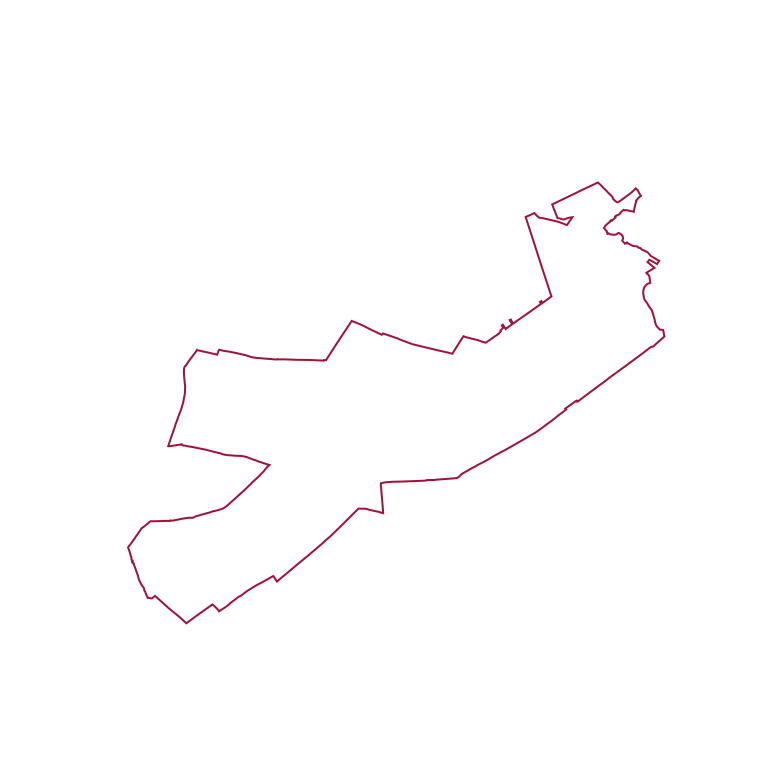 Secuieni, Neamt, Romania (Natural Earth projection), rotated 319°
{"feature_id": "2599482B23020006857022", "entity_name": "Secuieni", "entity_type": "district", "adm_level": 2, "iso_a3": "ROU", "parent_name": "Romania", "parent_adm1": "Neamt", "projection": "natural_earth1", "projection_center": [26.814, 46.87], "detail": "fine", "context": "isolated", "style": "outline", "palette": "rose", "viewbox_px": 768, "rotation_deg": 319, "n_neighbors": 0, "source": "geoboundaries", "source_scale": "gbopen_adm2", "svg_char_len": 6087}
<svg xmlns="http://www.w3.org/2000/svg" viewBox="0 0 768 768"><g transform="rotate(319 384 384)"><path d="M626.8,532.1L630.1,526.4L627.9,523.9L627.7,520.5L627.9,518.1L629.3,515.0L631.0,512.0L634.5,504.1L634.9,499.1L635.6,496.0L636.0,491.2L637.0,489.1L639.3,485.3L642.1,482.8L644.5,481.5L648.3,481.2L651.4,482.4L653.7,478.7L653.9,478.2L654.5,477.5L655.1,476.2L655.2,474.2L654.8,473.2L655.0,472.2L660.0,473.0L664.3,473.9L663.1,466.4L662.8,464.9L665.8,464.3L668.8,472.6L672.5,471.6L669.4,462.6L669.4,460.5L669.4,459.3L669.4,458.7L669.4,457.6L667.7,453.5L667.1,452.5L666.9,452.1L666.7,451.5L666.8,450.0L666.6,449.5L666.2,448.9L665.7,448.7L665.3,446.1L664.4,445.3L662.6,443.3L661.7,441.4L661.1,439.5L660.3,437.6L660.2,436.6L659.9,436.6L659.5,437.1L658.9,436.8L658.7,436.2L657.9,436.1L658.0,435.5L657.9,434.7L657.8,434.0L657.9,431.9L659.7,431.2L660.3,430.7L661.2,428.7L661.0,427.7L661.2,427.3L661.0,425.9L660.5,424.5L660.1,423.9L659.3,423.6L657.9,423.6L656.4,423.0L654.5,421.4L654.2,421.1L653.7,420.2L652.8,419.4L652.7,418.4L652.3,417.9L651.8,417.6L651.3,417.6L651.1,417.4L651.5,416.8L651.9,416.5L651.8,416.0L651.8,415.7L652.4,415.0L652.4,414.8L652.3,414.2L652.3,410.8L652.3,410.6L655.0,409.8L659.1,409.7L660.6,409.9L660.8,409.6L661.2,409.5L662.9,409.4L663.0,410.3L666.5,410.2L668.1,410.2L668.3,409.2L670.2,409.3L671.1,410.0L672.1,410.0L673.5,410.4L674.4,410.2L674.6,409.9L675.1,409.7L679.0,409.7L679.4,410.6L680.0,411.2L680.7,411.6L681.9,412.9L682.7,414.0L683.1,414.8L683.9,415.8L684.7,416.6L685.6,417.9L686.3,417.1L687.8,416.1L688.4,415.5L689.9,414.6L692.3,412.8L694.1,411.8L694.4,411.6L694.4,411.1L694.6,410.9L696.7,410.8L697.9,410.5L699.3,410.4L701.4,410.6L701.6,408.5L702.1,405.9L702.7,404.5L702.7,404.0L702.3,402.5L702.4,401.6L698.2,401.8L694.8,401.8L680.1,400.5L679.1,399.6L678.5,397.4L678.4,396.7L678.4,395.1L678.3,394.4L678.8,393.6L679.0,393.1L679.1,392.5L679.1,391.3L678.8,387.5L678.7,387.3L678.6,383.3L678.2,379.3L678.2,377.8L677.7,372.3L661.2,367.6L653.6,365.6L628.7,358.8L623.8,372.7L624.6,373.6L625.7,374.9L626.2,376.1L626.8,377.0L627.7,377.7L628.6,378.3L630.2,378.8L633.5,380.3L635.6,381.7L626.3,384.1L623.5,378.6L621.4,375.1L617.8,370.1L611.7,361.8L610.4,360.6L610.0,359.4L609.8,357.7L609.7,355.2L609.7,353.7L600.5,350.9L579.5,400.1L567.8,427.8L556.8,426.8L557.1,424.6L555.5,424.4L555.2,426.6L521.1,423.1L521.6,420.1L522.0,418.5L520.9,418.2L520.5,419.8L520.0,423.0L514.9,422.5L513.0,422.3L511.9,422.4L512.6,417.2L511.3,417.2L510.8,419.8L509.5,419.8L508.2,420.0L507.1,419.9L506.5,420.8L506.5,421.0L504.3,421.2L502.7,421.1L502.7,421.3L497.4,420.6L490.4,419.9L487.7,419.5L487.6,419.2L484.7,414.6L484.1,413.2L482.9,411.4L479.7,407.1L478.4,404.9L477.1,403.3L475.3,400.1L468.2,402.1L465.1,403.1L455.4,406.0L453.0,402.4L446.2,393.2L431.5,372.5L424.9,360.3L424.2,358.6L416.4,345.2L414.6,345.4L409.2,333.0L405.9,324.7L401.0,315.2L377.2,321.8L357.1,327.6L356.0,328.1L354.5,326.7L354.3,327.1L354.0,327.0L350.2,323.3L344.0,317.4L333.6,308.1L324.6,299.7L320.4,296.1L319.9,295.5L319.9,295.3L319.0,295.1L303.7,279.4L301.9,277.1L301.0,275.8L298.7,271.8L292.4,263.2L287.4,256.8L286.6,256.0L284.1,252.9L282.1,250.0L281.7,250.0L277.3,252.4L273.3,246.8L265.2,235.9L265.2,235.6L263.2,236.2L256.0,237.8L252.7,238.4L249.1,239.4L245.9,240.2L245.1,240.1L243.6,240.9L241.7,242.7L239.7,245.1L237.2,248.4L232.0,255.8L227.5,260.5L225.6,262.1L223.5,263.6L222.5,264.5L219.8,266.5L214.6,269.9L208.4,273.2L200.7,277.4L197.7,279.3L190.5,283.4L180.4,289.3L180.9,290.0L191.0,296.4L191.6,296.6L191.4,296.9L191.5,297.3L192.2,298.8L193.0,299.5L193.9,300.6L195.4,302.7L197.8,305.5L205.6,315.6L212.5,325.5L215.5,329.6L215.8,330.6L217.2,332.6L218.8,334.6L222.9,338.7L223.6,339.5L228.9,344.5L230.5,346.3L232.5,349.2L235.8,355.4L237.0,357.2L238.7,360.6L239.8,362.3L240.9,364.3L241.9,365.9L244.4,370.0L242.6,370.0L241.1,370.2L239.3,370.3L236.4,370.9L234.0,371.2L232.7,371.2L229.8,371.6L219.3,371.8L217.8,372.2L217.7,372.1L216.2,372.1L209.8,372.5L187.7,372.9L184.0,372.8L180.7,372.3L179.5,371.9L176.0,370.3L172.8,368.7L171.3,367.8L168.6,366.8L161.8,363.5L155.4,360.5L152.0,359.6L149.3,357.2L147.6,355.9L145.1,354.5L143.6,353.4L141.2,352.1L134.9,348.5L132.9,346.6L132.5,346.9L131.4,345.8L129.0,343.8L119.5,336.0L117.8,334.4L109.9,334.2L106.3,333.9L99.4,335.7L96.0,336.5L94.8,336.9L91.9,337.5L90.0,338.1L85.9,338.9L84.4,339.2L83.6,339.5L81.6,344.6L80.6,346.6L79.4,349.5L78.8,350.1L78.3,350.8L78.1,351.6L78.5,352.3L78.4,352.7L78.2,352.9L77.6,352.7L77.2,352.9L77.0,353.3L76.8,353.7L77.0,354.4L77.4,354.9L77.4,355.4L76.9,355.7L75.9,358.7L73.3,365.2L72.5,367.6L72.0,368.1L70.6,371.1L69.2,376.8L69.3,377.3L69.0,378.4L69.1,379.0L68.9,379.7L69.0,380.0L68.9,380.9L68.6,381.1L68.1,381.8L67.7,382.6L67.5,383.2L67.6,383.8L67.4,384.4L66.6,386.2L66.4,387.1L66.0,388.0L65.9,389.5L65.4,390.0L65.3,390.3L68.2,393.6L72.2,393.7L74.5,412.2L76.9,426.3L77.8,434.9L88.9,435.8L109.9,437.8L110.3,440.3L110.6,444.3L110.6,446.4L110.4,447.3L117.2,448.3L122.2,448.7L123.1,448.7L123.4,448.5L124.2,448.5L127.2,448.7L128.9,448.9L134.7,449.2L137.6,450.0L142.1,450.2L145.3,450.5L154.1,451.9L157.5,452.6L161.3,453.6L173.7,456.1L174.4,456.3L174.5,456.6L174.3,458.6L174.0,459.9L173.6,462.9L180.4,462.9L185.9,463.1L199.2,463.3L214.4,463.7L234.0,463.9L238.3,463.7L242.7,463.8L246.4,463.6L261.0,462.8L282.9,461.3L287.6,465.4L288.4,466.3L291.3,470.6L295.9,476.7L298.6,480.9L300.5,478.5L310.2,465.3L310.7,464.5L313.9,460.2L315.0,458.5L316.5,456.9L318.6,458.0L321.7,459.9L326.7,463.7L332.8,468.8L351.1,483.5L352.9,484.7L353.4,485.0L353.5,484.8L354.1,485.3L359.1,489.5L360.2,490.3L361.5,490.8L361.6,491.0L362.1,491.8L363.1,492.3L375.7,501.7L377.4,502.8L379.7,503.2L383.8,502.9L388.5,503.9L392.8,504.7L397.4,505.7L399.3,506.2L400.7,506.4L411.5,509.0L420.5,510.6L429.1,512.5L430.8,513.0L432.6,513.4L456.3,518.1L466.5,520.0L469.9,520.4L475.3,520.9L480.5,521.2L487.1,521.8L495.3,522.1L504.0,522.8L504.9,522.7L504.7,521.5L518.0,522.8L517.8,523.5L519.1,523.8L519.0,524.4L534.1,525.4L548.3,526.5L551.0,526.8L558.9,527.2L564.7,527.7L573.8,528.5L595.9,530.3L610.0,531.2L611.3,532.2L612.2,532.4L614.9,532.2L626.8,532.1Z" fill="none" stroke="#9f1239" stroke-width="2"/></g></svg>